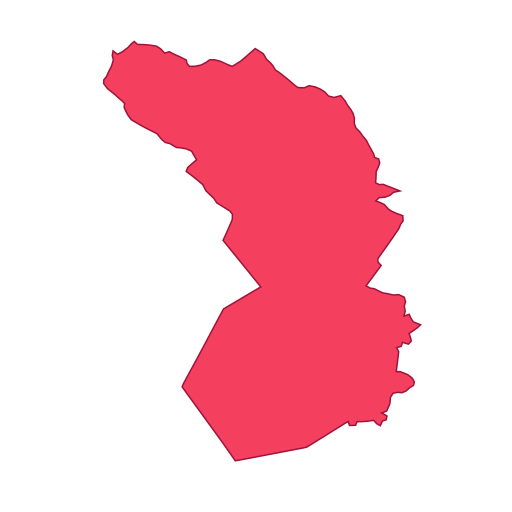 the district of Maranguape, Ceará, Brazil, rotated 277°
{"feature_id": "56859067B57944913032389", "entity_name": "Maranguape", "entity_type": "district", "adm_level": 2, "iso_a3": "BRA", "parent_name": "Brazil", "parent_adm1": "Ceará", "projection": "natural_earth1", "projection_center": [-38.774, -3.988], "detail": "fine", "context": "isolated", "style": "filled", "palette": "rose", "viewbox_px": 512, "rotation_deg": 277, "n_neighbors": 0, "source": "geoboundaries", "source_scale": "gbopen_adm2", "svg_char_len": 2577}
<svg xmlns="http://www.w3.org/2000/svg" viewBox="0 0 512 512"><g transform="rotate(277 256 256)"><path d="M118.0,404.6L125.8,406.9L132.2,406.7L136.5,408.8L137.9,413.1L138.1,417.6L140.4,421.5L143.9,424.5L146.8,428.1L150.3,428.5L153.8,426.0L156.7,421.1L158.8,413.2L158.3,409.3L178.4,409.3L182.2,406.7L184.0,411.2L188.1,411.9L187.1,418.0L190.4,420.5L193.6,419.4L197.7,417.4L200.8,420.9L204.4,424.9L207.8,427.7L209.8,420.1L213.6,417.0L216.8,415.2L214.4,410.2L219.5,410.8L224.3,409.3L228.8,410.0L233.2,408.1L235.1,402.4L234.0,397.0L234.7,391.1L234.8,386.6L236.4,381.6L238.0,377.3L238.0,373.4L239.8,368.9L261.9,381.4L264.9,377.7L268.3,377.3L283.2,385.4L300.4,394.4L305.4,395.8L308.7,397.7L313.9,396.8L315.4,390.3L316.9,385.3L318.8,381.6L322.7,377.1L324.2,372.8L325.2,368.1L328.9,371.1L330.0,376.7L332.5,381.5L336.0,384.8L338.1,390.9L342.6,373.5L341.9,369.5L343.2,365.8L347.6,365.6L354.6,365.0L358.6,366.4L363.4,367.5L367.3,365.9L368.2,361.7L371.7,360.3L379.5,354.6L384.1,351.6L388.0,347.4L391.8,344.0L395.5,339.4L399.9,337.3L404.6,336.9L409.3,335.0L412.9,332.3L416.8,328.5L420.9,325.4L425.5,320.6L422.9,314.2L423.6,308.5L427.1,304.4L429.5,299.5L431.1,293.9L431.5,288.0L428.8,283.3L428.3,277.1L430.6,273.0L434.4,267.4L438.4,261.0L441.1,256.5L442.9,252.7L447.1,249.4L449.4,246.9L452.5,242.5L457.6,238.7L461.8,229.9L458.1,226.6L452.9,222.0L447.6,217.1L441.3,209.3L442.7,203.9L445.0,196.8L445.7,191.0L445.1,186.1L442.2,183.0L438.9,178.3L437.0,172.9L436.1,166.9L438.6,164.1L442.0,163.0L444.4,156.3L445.9,151.3L448.2,144.9L446.2,140.6L450.0,136.1L452.1,131.8L452.4,126.3L452.3,122.4L452.1,118.3L451.6,112.5L454.1,109.0L451.2,106.2L447.5,103.7L445.0,101.1L442.5,98.6L439.3,93.9L442.2,89.1L437.5,88.9L433.3,90.5L427.1,89.5L420.5,87.1L416.0,85.8L412.4,83.5L408.6,83.8L403.9,88.3L399.0,96.4L395.6,101.1L393.7,104.1L391.4,107.0L387.5,107.0L384.1,109.0L379.9,111.9L376.1,115.6L374.2,119.9L372.1,124.7L369.4,131.4L365.4,142.8L360.4,147.9L357.6,152.1L357.1,156.7L354.0,163.8L354.2,168.4L353.8,173.9L352.2,179.3L348.1,182.3L344.2,185.3L340.1,181.4L335.5,177.4L331.4,176.4L329.0,180.7L324.5,188.2L320.3,194.5L314.6,198.4L307.7,207.5L304.0,210.5L297.5,224.5L294.6,227.5L289.4,228.0L286.1,227.1L279.3,225.1L267.5,221.4L246.5,243.2L225.9,264.5L199.6,230.3L190.5,226.7L160.7,215.3L147.3,210.1L120.7,199.6L117.1,198.6L67.3,245.0L50.2,260.4L52.0,266.2L72.3,329.4L75.0,332.8L103.0,367.5L99.2,369.5L100.1,375.5L103.9,376.5L104.5,381.4L105.8,387.6L107.2,392.8L104.2,396.3L102.7,400.1L107.6,401.6L109.3,405.2L113.2,405.5L115.5,399.9L118.0,404.6Z" fill="#f43f5e" stroke="#9f1239" stroke-width="1.5"/></g></svg>